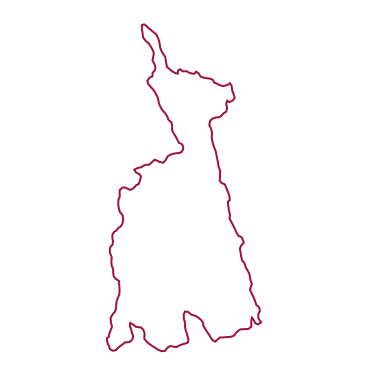 the district of Congonhas do Norte, Minas Gerais, Brazil, rotated 184°
{"feature_id": "56859067B59988172077466", "entity_name": "Congonhas do Norte", "entity_type": "district", "adm_level": 2, "iso_a3": "BRA", "parent_name": "Brazil", "parent_adm1": "Minas Gerais", "projection": "robinson", "projection_center": [-43.683, -18.902], "detail": "fine", "context": "isolated", "style": "outline", "palette": "rose", "viewbox_px": 384, "rotation_deg": 184, "n_neighbors": 0, "source": "geoboundaries", "source_scale": "gbopen_adm2", "svg_char_len": 3835}
<svg xmlns="http://www.w3.org/2000/svg" viewBox="0 0 384 384"><g transform="rotate(184 192 192)"><path d="M114.0,66.8L117.0,70.7L117.4,74.9L116.0,78.0L116.9,81.5L120.0,83.9L121.8,88.3L123.5,91.9L125.5,95.1L127.3,98.4L126.8,101.2L125.8,104.3L127.3,107.7L128.3,111.3L128.9,114.0L130.9,117.4L133.2,120.7L135.0,125.2L137.1,126.9L138.3,130.6L139.0,133.2L139.4,135.7L140.3,138.5L139.4,141.8L136.8,144.9L137.9,147.7L139.3,150.3L142.6,151.5L144.9,154.9L146.8,158.3L148.3,161.0L150.3,164.3L152.7,168.0L152.4,171.9L154.0,176.3L154.5,179.6L155.3,182.3L155.4,184.9L153.7,186.9L154.5,190.8L156.0,194.2L157.7,197.7L159.7,201.8L163.2,203.1L165.1,205.3L165.1,208.7L165.3,211.6L165.3,214.6L166.4,217.3L167.5,219.8L168.0,222.9L169.2,226.9L170.2,230.6L171.2,234.3L173.0,238.1L174.5,241.8L175.4,244.7L176.2,248.2L176.0,251.9L177.3,256.2L179.4,260.0L178.8,264.5L176.4,266.8L173.2,268.1L170.3,268.4L168.1,269.9L166.4,272.3L163.5,274.6L162.8,278.5L164.1,282.2L163.3,285.5L161.1,284.3L157.6,286.1L155.9,289.0L157.0,291.9L159.1,296.5L160.0,300.9L161.8,303.2L164.1,301.2L168.5,299.8L171.9,300.6L174.8,301.9L177.4,302.6L178.7,305.0L180.8,306.1L183.5,306.4L187.2,306.7L191.5,307.7L193.5,310.6L196.2,312.4L198.2,309.9L202.6,310.6L205.8,312.1L209.6,311.7L212.3,313.6L214.3,312.3L214.5,309.1L216.9,309.4L219.6,310.7L222.3,312.5L225.8,315.2L227.0,319.9L228.1,324.9L230.9,328.4L232.3,330.6L233.9,334.0L234.8,338.5L236.0,342.0L237.4,344.6L238.7,346.8L241.7,348.9L244.5,350.9L247.0,352.6L249.2,354.7L251.4,355.9L253.7,354.9L253.3,350.8L252.3,346.6L251.5,342.7L248.7,339.5L245.6,337.4L243.4,334.4L241.1,330.9L239.7,327.7L240.1,324.3L240.6,320.5L238.4,317.1L237.2,314.0L237.4,311.0L239.6,308.1L239.6,304.5L242.2,303.2L244.3,300.1L243.4,297.0L240.9,294.2L238.5,292.1L236.3,289.6L234.6,286.8L232.4,283.1L231.4,278.9L230.1,275.9L228.5,273.3L226.8,271.2L223.8,268.3L221.7,265.1L220.5,262.3L217.4,260.0L216.4,256.4L216.2,252.7L214.5,249.2L212.6,246.9L210.8,244.1L208.5,240.2L205.4,239.0L204.0,236.9L203.8,234.0L205.6,230.9L207.9,229.9L210.5,229.5L213.3,228.9L216.2,227.7L218.8,225.8L220.2,222.4L222.7,219.2L226.4,219.7L229.0,220.9L231.6,221.6L234.4,218.5L237.0,216.1L239.6,216.0L241.8,215.1L244.3,213.2L247.9,212.1L251.1,210.3L249.2,207.5L246.2,206.4L244.0,204.2L244.7,199.7L245.8,196.2L248.1,195.0L249.7,192.8L251.7,190.8L254.0,189.8L256.4,190.8L258.8,191.8L261.6,191.6L264.3,188.8L264.0,185.1L263.8,182.3L264.9,178.8L264.7,174.2L263.8,170.4L262.6,167.1L259.7,164.1L258.7,159.7L259.2,155.5L260.6,152.8L263.1,150.8L264.9,148.2L267.2,146.5L268.5,143.5L268.1,140.1L267.4,137.4L267.6,133.9L269.6,131.4L270.0,127.5L269.3,124.9L267.5,121.2L267.6,117.2L267.1,113.3L265.3,109.6L264.9,105.6L264.3,102.5L262.1,100.1L258.7,98.2L258.2,94.8L257.8,92.2L257.4,89.0L257.3,85.2L258.4,81.6L259.3,78.7L259.8,75.2L259.6,71.0L260.4,67.3L262.5,64.7L264.4,60.8L263.8,56.1L262.4,52.1L263.4,48.8L264.6,45.1L264.8,41.7L266.7,40.2L266.3,37.6L265.5,34.9L263.9,32.2L262.9,29.6L259.9,28.1L257.0,28.8L254.6,31.7L252.3,33.8L250.2,35.4L248.5,37.2L245.4,37.7L243.2,38.4L241.1,41.2L240.6,44.0L242.0,47.3L243.4,51.3L244.7,54.2L244.4,57.1L240.7,55.2L238.4,53.6L235.9,53.4L233.2,53.2L230.8,51.1L229.4,47.4L229.4,42.5L227.0,39.7L224.9,38.1L222.6,36.6L220.3,35.3L217.9,34.0L214.8,32.3L211.1,31.1L207.7,31.7L205.8,34.8L203.0,36.8L199.9,36.5L197.0,36.1L193.9,38.0L190.9,39.4L188.5,40.2L185.6,41.6L185.3,44.9L186.3,47.6L187.5,51.0L188.9,54.5L189.6,57.3L189.6,60.5L191.3,64.9L191.7,69.3L190.6,72.3L187.5,72.1L184.3,69.7L181.6,69.1L179.2,68.4L176.6,66.9L174.0,65.0L171.8,62.2L171.3,59.2L169.0,55.9L166.7,53.0L164.7,50.4L163.0,47.8L161.4,45.8L158.5,44.4L156.0,46.8L154.1,48.8L150.1,49.2L146.6,49.8L143.3,50.2L140.1,51.6L138.3,54.5L136.5,56.4L134.2,58.3L130.1,58.9L126.2,59.3L123.4,61.9L123.7,65.0L123.9,68.0L123.4,70.8L121.5,68.6L119.7,65.5L117.0,64.5L114.0,66.8Z" fill="none" stroke="#9f1239" stroke-width="2"/></g></svg>